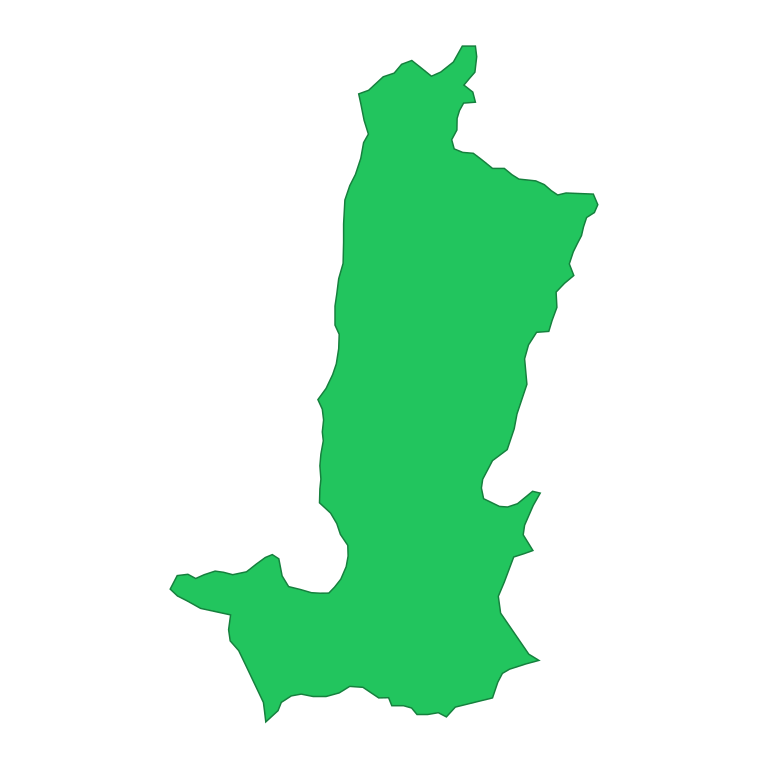 the district of Natuba, Paraíba, Brazil
{"feature_id": "56859067B58433670335003", "entity_name": "Natuba", "entity_type": "district", "adm_level": 2, "iso_a3": "BRA", "parent_name": "Brazil", "parent_adm1": "Paraíba", "projection": "robinson", "projection_center": [-35.567, -7.549], "detail": "fine", "context": "isolated", "style": "filled", "palette": "green", "viewbox_px": 768, "rotation_deg": 0, "n_neighbors": 0, "source": "geoboundaries", "source_scale": "gbopen_adm2", "svg_char_len": 2179}
<svg xmlns="http://www.w3.org/2000/svg" viewBox="0 0 768 768"><path d="M170.2,589.1L177.5,596.0L186.6,600.6L200.6,608.4L230.6,614.9L228.6,629.7L230.2,640.9L238.7,650.6L245.4,664.5L263.4,702.4L264.5,710.9L265.8,721.9L278.0,710.7L281.3,702.4L291.3,695.9L301.2,694.1L313.1,696.5L326.1,696.5L339.2,692.9L349.7,686.4L362.9,687.3L378.7,697.9L388.6,697.7L391.8,705.7L403.5,705.7L411.6,708.0L417.0,714.5L427.7,714.5L438.3,712.7L446.4,716.9L455.3,707.1L492.5,697.9L497.8,682.2L502.4,673.4L509.5,669.2L525.6,664.0L538.9,660.4L528.8,654.2L500.6,613.1L498.3,596.3L504.3,582.1L513.7,557.0L524.0,553.7L532.9,550.5L523.2,534.8L524.6,525.2L533.2,505.5L540.2,493.1L532.6,491.3L517.5,503.7L507.6,507.0L499.4,506.4L483.6,498.7L481.4,488.0L482.7,479.2L492.5,460.6L507.2,449.6L514.2,428.8L517.0,413.9L526.9,384.3L524.6,358.8L528.5,344.9L536.6,332.3L548.8,331.4L552.1,320.4L556.9,307.4L556.1,292.1L564.4,283.4L573.8,275.5L569.3,263.9L573.3,251.8L577.4,243.5L581.5,235.6L583.5,226.9L586.6,217.5L594.4,212.5L597.8,204.7L593.3,194.1L566.0,193.0L557.7,195.0L551.2,190.6L544.4,184.7L535.8,180.9L527.5,180.0L518.9,179.1L511.8,174.6L504.3,168.4L492.5,168.4L481.6,159.6L473.3,153.3L462.7,152.4L454.2,148.9L451.7,139.7L456.9,130.0L457.1,118.4L459.5,110.5L463.6,103.1L475.4,102.2L472.8,92.1L463.9,85.1L469.3,78.6L474.9,72.2L476.7,56.7L475.4,46.1L462.3,46.1L453.4,62.0L440.7,72.1L431.4,76.2L422.5,69.0L411.8,60.5L401.6,64.3L394.2,73.1L383.2,76.8L368.6,90.3L358.7,93.9L360.8,103.6L364.1,120.3L368.4,134.1L363.6,142.6L360.8,158.3L355.4,174.6L349.8,185.6L344.9,200.0L343.6,224.0L343.6,242.1L343.1,263.4L338.7,278.7L336.8,293.9L335.0,306.1L335.0,325.1L339.2,334.3L338.7,348.7L336.3,363.9L332.7,374.5L326.1,388.4L317.9,399.6L322.3,409.2L323.6,420.0L322.3,431.9L323.3,440.8L320.9,454.1L319.9,465.8L320.9,479.2L319.9,488.9L319.5,502.8L330.6,513.1L336.8,523.6L340.4,534.4L347.8,545.4L348.1,556.1L346.2,566.7L340.8,579.2L334.6,587.1L328.8,593.1L319.9,593.2L311.4,592.7L300.4,589.5L288.6,586.6L282.1,575.9L278.8,558.8L272.3,554.6L265.3,557.5L256.4,564.0L246.5,571.8L232.7,574.7L223.6,572.3L215.1,571.1L204.2,574.7L195.7,578.5L187.9,574.3L177.2,575.6L170.2,589.1Z" fill="#22c55e" stroke="#15803d" stroke-width="1.5"/></svg>